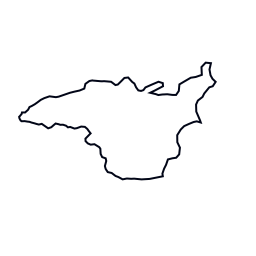 outline of Kiti, Larnaca, Cyprus, rotated 71°
{"feature_id": "46923920B16872533140299", "entity_name": "Kiti", "entity_type": "district", "adm_level": 2, "iso_a3": "CYP", "parent_name": "Cyprus", "parent_adm1": "Larnaca", "projection": "mercator", "projection_center": [33.572, 34.846], "detail": "fine", "context": "isolated", "style": "outline", "palette": "ink", "viewbox_px": 256, "rotation_deg": 71, "n_neighbors": 0, "source": "geoboundaries", "source_scale": "gbopen_adm2", "svg_char_len": 1797}
<svg xmlns="http://www.w3.org/2000/svg" viewBox="0 0 256 256"><g transform="rotate(71 128 128)"><path d="M93.7,28.5L91.5,33.3L94.3,38.7L101.8,40.9L101.8,47.4L100.9,52.3L102.4,59.9L103.5,65.2L109.5,67.9L112.4,71.8L111.1,75.4L108.9,79.8L107.5,84.6L106.7,88.6L105.0,90.7L101.9,95.6L101.3,90.5L99.9,81.3L96.9,80.5L94.2,84.1L94.7,91.4L95.3,98.3L97.2,101.1L97.2,103.6L95.8,106.0L92.2,107.1L88.0,107.5L85.9,109.0L80.3,111.4L79.5,115.1L81.3,118.7L83.6,123.5L83.3,125.9L78.8,128.9L76.0,135.2L75.2,137.9L71.6,146.0L71.4,146.2L71.0,149.2L72.4,153.9L76.5,156.5L76.8,161.6L76.2,166.7L75.8,171.4L75.8,176.1L75.8,183.3L75.4,186.1L72.5,191.9L72.5,197.4L73.0,201.3L74.2,205.0L75.2,208.4L75.9,212.1L76.1,214.3L78.2,216.5L79.8,220.2L78.8,223.2L80.1,224.0L81.6,226.5L82.0,227.3L83.7,227.5L85.9,227.1L86.3,226.8L86.9,226.5L87.9,223.4L89.3,220.8L90.1,219.1L91.4,217.5L93.2,214.8L94.3,213.3L95.7,211.2L96.0,208.2L99.3,205.8L102.3,203.6L102.3,200.3L101.1,197.4L100.2,195.0L101.8,192.4L102.9,191.0L103.8,188.3L105.7,185.8L107.8,184.6L108.2,182.3L111.1,178.8L111.5,176.4L111.4,171.8L112.9,168.4L115.6,166.8L117.7,166.2L120.9,165.1L124.2,171.7L126.6,172.4L129.5,171.0L131.6,168.7L132.4,165.0L136.8,161.4L138.6,160.9L143.6,162.3L147.1,161.9L149.4,159.0L152.1,159.3L156.4,162.2L157.5,162.3L158.7,162.4L159.7,162.4L163.1,161.5L165.2,158.1L169.3,155.4L171.2,153.1L174.8,149.8L175.4,145.5L177.1,141.5L177.9,138.7L181.0,131.9L183.2,124.1L185.0,110.8L182.3,110.3L178.2,107.1L175.2,104.0L170.7,100.5L171.1,95.9L171.8,92.1L169.6,88.2L163.5,85.3L157.5,86.0L150.8,83.8L146.6,78.6L144.5,74.3L144.0,69.1L143.7,64.0L144.1,60.8L146.5,57.4L144.2,57.4L134.7,58.1L128.0,56.0L124.8,53.0L122.9,47.4L120.2,44.7L116.0,37.9L116.1,34.3L112.9,30.1L109.0,32.1L105.0,32.8L99.2,31.9L93.7,28.5Z" fill="none" stroke="#020617" stroke-width="2"/></g></svg>